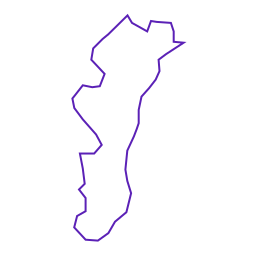 Dong-gu, South Chungcheong, South Korea (Natural Earth projection)
{"feature_id": "91817680B53543824194985", "entity_name": "Dong-gu", "entity_type": "district", "adm_level": 2, "iso_a3": "KOR", "parent_name": "South Korea", "parent_adm1": "South Chungcheong", "projection": "natural_earth1", "projection_center": [127.479, 36.306], "detail": "fine", "context": "isolated", "style": "outline", "palette": "violet", "viewbox_px": 256, "rotation_deg": 0, "n_neighbors": 0, "source": "geoboundaries", "source_scale": "gbopen_adm2", "svg_char_len": 716}
<svg xmlns="http://www.w3.org/2000/svg" viewBox="0 0 256 256"><path d="M151.0,21.0L147.2,31.4L132.0,22.9L127.5,15.4L108.4,34.2L102.7,38.9L93.2,48.4L91.3,59.7L104.6,73.9L99.8,86.2L92.3,87.2L82.8,85.3L74.5,95.9L72.4,98.5L74.3,108.0L82.8,119.4L96.1,134.5L101.7,144.9L94.2,153.5L79.9,153.5L82.8,168.6L84.7,183.8L79.0,189.5L85.6,198.0L85.6,211.2L77.1,216.0L74.2,227.4L85.6,239.7L97.9,240.6L108.4,233.1L115.0,221.7L126.4,212.2L129.6,199.3L131.1,193.2L127.3,180.9L125.4,169.6L127.3,150.6L133.9,136.4L136.8,128.8L138.7,123.2L138.7,109.9L141.5,96.6L149.1,88.1L155.7,79.6L159.5,71.1L158.6,59.7L166.1,54.1L183.6,42.7L173.7,41.8L173.7,31.4L170.9,22.9L156.7,21.9L151.0,21.0Z" fill="none" stroke="#5b21b6" stroke-width="2"/></svg>